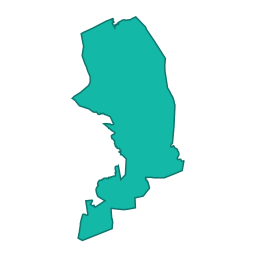 Huamuxtitlán, Guerrero, Mexico, rotated 178°
{"feature_id": "50627088B12033458309920", "entity_name": "Huamuxtitlán", "entity_type": "district", "adm_level": 2, "iso_a3": "MEX", "parent_name": "Mexico", "parent_adm1": "Guerrero", "projection": "mercator", "projection_center": [-98.542, 17.83], "detail": "fine", "context": "isolated", "style": "filled", "palette": "teal", "viewbox_px": 256, "rotation_deg": 178, "n_neighbors": 0, "source": "geoboundaries", "source_scale": "gbopen_adm2", "svg_char_len": 5457}
<svg xmlns="http://www.w3.org/2000/svg" viewBox="0 0 256 256"><g transform="rotate(178 128 128)"><path d="M169.1,225.1L171.5,223.8L169.5,211.1L171.3,201.8L168.7,193.5L167.6,191.2L166.4,186.8L164.0,180.5L164.2,174.9L166.0,171.7L174.2,165.2L180.4,161.6L182.7,159.6L180.0,157.5L175.8,152.0L175.0,151.6L166.4,148.5L162.7,145.6L162.4,145.4L161.8,145.1L161.6,145.1L160.8,145.1L160.5,145.1L160.3,145.0L160.1,144.9L159.9,144.9L159.4,145.0L159.1,145.0L158.9,145.0L158.7,144.7L158.4,144.4L158.2,144.2L157.9,143.7L157.7,143.4L157.4,142.9L157.3,142.7L157.1,142.6L156.7,142.6L156.2,142.6L155.8,142.7L155.5,142.7L155.1,142.9L155.0,143.0L154.9,143.1L154.6,143.1L154.4,143.2L154.5,143.5L153.2,143.1L153.0,143.3L152.7,143.4L152.2,143.5L151.9,143.4L151.6,143.3L151.4,143.0L151.3,142.5L148.7,141.7L145.2,139.8L143.0,134.3L142.2,133.1L142.3,132.3L143.9,131.8L145.0,131.8L145.3,132.2L145.9,132.7L150.6,133.2L152.1,133.0L150.8,132.0L148.3,129.8L147.7,129.2L147.2,128.2L146.7,128.2L146.3,128.0L144.8,126.4L144.5,126.1L143.5,125.5L141.9,124.4L141.3,123.7L142.0,122.3L143.9,121.8L145.0,120.6L144.7,119.2L144.5,118.2L144.4,118.0L143.8,118.0L142.8,116.5L141.9,115.5L142.0,115.0L141.8,114.0L142.0,112.8L141.6,112.3L141.4,111.3L141.0,109.8L140.2,110.0L139.9,109.8L139.6,108.2L137.9,107.7L137.3,107.8L136.5,106.4L136.6,106.1L136.0,105.3L137.8,104.4L137.3,103.9L136.1,103.9L136.3,101.6L134.7,101.3L130.8,97.2L132.2,81.4L137.0,76.6L139.0,90.8L139.6,90.2L139.9,90.0L140.6,90.1L140.9,90.2L141.2,90.2L141.6,90.0L141.8,89.7L142.1,89.5L142.2,89.0L142.1,88.7L142.2,88.0L142.2,87.5L142.1,87.0L142.0,86.4L141.8,85.5L141.6,84.9L141.6,84.7L141.5,84.3L141.5,84.1L141.8,83.8L142.3,83.9L142.3,83.6L142.3,83.4L142.3,83.1L142.3,82.9L142.2,82.4L141.9,81.7L142.0,81.4L142.0,81.0L142.2,80.5L142.4,80.5L143.1,80.5L143.3,80.4L143.8,80.4L144.5,80.3L145.0,80.1L145.9,79.8L146.0,79.8L146.4,79.8L146.7,79.7L146.9,79.6L147.0,79.4L147.1,79.2L147.2,78.9L147.5,79.1L147.8,79.2L148.0,79.3L148.3,79.4L148.7,79.3L149.2,79.3L149.5,79.0L149.6,78.9L149.5,78.2L150.2,78.1L151.2,78.4L151.3,78.6L151.6,78.8L152.4,78.5L152.6,78.5L152.9,78.6L153.1,78.6L153.8,78.6L154.1,78.2L154.4,78.0L154.6,77.8L155.1,77.8L155.4,77.8L155.6,77.7L155.9,77.3L155.9,77.0L156.1,76.9L156.5,76.6L156.8,76.6L157.4,76.8L157.7,76.8L158.0,76.8L158.2,76.7L158.4,76.6L158.6,76.4L158.8,76.2L159.1,75.9L159.4,75.5L159.5,75.3L159.7,74.9L159.9,74.6L160.0,74.3L160.1,73.9L160.3,73.5L160.3,73.1L160.3,72.8L160.2,72.5L160.1,72.2L159.9,71.9L159.7,71.8L159.7,71.7L159.7,71.4L159.8,71.2L160.0,71.0L160.2,70.9L160.5,70.7L160.8,70.4L160.9,70.2L161.1,69.7L161.5,69.2L161.9,68.4L161.9,68.2L162.0,67.7L162.1,67.4L162.1,66.9L162.0,66.4L161.9,65.8L161.9,65.4L161.8,64.7L161.4,63.2L160.9,61.8L160.3,60.5L153.5,56.1L163.6,49.9L164.7,51.9L165.3,51.0L168.1,52.9L166.0,56.5L166.2,56.9L166.3,57.1L172.7,56.7L171.1,42.7L171.4,42.3L172.0,42.3L172.5,42.2L172.8,42.4L173.2,42.7L173.7,43.1L174.8,43.3L175.9,43.4L176.2,43.1L177.5,39.5L178.9,34.4L179.0,32.4L179.9,27.8L180.3,25.2L180.8,23.7L181.3,21.1L181.7,19.7L177.5,17.2L147.4,28.0L146.6,34.3L147.0,37.6L147.4,37.7L147.8,46.7L147.6,48.3L135.8,46.6L133.0,46.7L131.5,46.8L123.4,48.0L123.5,57.9L117.6,59.0L115.1,59.5L111.2,64.2L108.9,66.8L108.9,67.0L108.6,67.5L109.9,72.7L110.1,72.7L110.2,72.8L110.3,72.9L110.3,73.0L110.1,73.2L110.1,73.3L110.1,73.6L110.4,73.7L110.5,73.8L110.7,74.0L110.8,74.2L110.8,74.4L110.8,74.7L110.8,74.8L111.1,75.3L111.4,75.5L111.5,75.5L112.2,75.8L112.3,76.0L112.2,76.5L112.2,77.0L112.0,77.3L111.9,77.3L111.9,77.5L112.1,77.7L112.2,77.9L112.1,78.0L111.9,78.2L111.1,78.0L106.3,77.9L104.3,77.4L97.4,77.1L93.4,77.0L84.6,80.1L75.3,83.6L73.4,92.9L73.3,93.0L73.7,93.3L73.8,93.3L74.4,92.9L74.7,92.9L75.1,92.8L75.3,92.7L75.5,92.8L75.7,93.3L75.8,93.5L76.0,93.8L76.2,94.4L76.3,94.8L76.6,95.0L76.8,95.0L77.3,95.0L77.8,94.9L78.5,94.9L78.9,94.8L79.1,94.8L79.4,94.7L79.6,94.9L79.7,95.1L79.7,95.4L79.8,95.7L79.7,96.0L79.6,96.7L79.5,97.0L79.4,97.3L79.0,97.7L78.8,98.0L78.6,98.3L78.4,98.7L78.2,99.0L78.1,99.5L78.0,100.0L78.0,100.5L78.3,101.8L78.4,102.4L78.5,102.6L78.8,102.9L79.1,103.1L79.2,103.4L79.3,103.7L79.3,104.1L79.3,104.3L79.3,104.5L79.5,104.8L79.9,105.4L81.7,106.3L81.9,106.4L82.1,106.6L82.2,106.8L82.2,107.3L82.3,107.5L82.5,107.8L82.7,108.0L83.0,108.5L83.3,108.7L83.5,108.7L83.6,108.4L84.6,107.5L85.9,107.9L86.0,108.4L85.4,110.3L84.4,110.8L84.1,111.3L83.9,113.0L83.8,113.6L82.0,128.2L80.3,149.2L80.5,149.9L80.9,151.5L81.1,153.1L81.3,154.0L81.5,154.8L81.8,155.7L82.2,157.1L82.6,158.0L83.3,159.1L84.1,160.7L84.6,162.1L87.1,166.7L89.1,183.3L89.1,187.6L89.1,189.2L88.2,196.1L99.4,215.2L101.3,218.1L106.1,225.8L106.9,228.2L116.4,238.8L117.9,238.0L119.3,237.6L119.8,237.4L120.2,237.0L121.5,236.4L122.0,236.2L122.8,236.1L123.5,236.0L124.1,236.0L124.8,235.9L125.7,235.8L126.2,235.7L126.8,235.8L127.0,236.0L127.5,236.2L128.8,236.2L129.2,236.0L129.6,235.9L130.2,235.8L130.5,235.8L130.7,235.6L130.9,235.3L131.8,234.8L132.5,234.6L132.9,234.4L133.7,233.8L134.4,233.4L133.6,232.5L133.7,232.4L134.4,232.0L134.7,232.6L135.4,232.3L135.1,231.7L136.0,231.2L136.2,231.6L136.7,231.4L136.9,231.7L137.6,231.3L137.2,230.6L137.5,230.5L137.6,230.4L137.8,230.3L137.6,229.1L137.7,228.6L138.0,229.2L139.0,231.2L139.3,231.6L139.6,232.2L139.8,232.8L140.1,233.4L138.9,234.0L139.1,234.2L138.4,234.5L138.9,235.4L138.9,235.5L139.2,236.0L139.4,236.4L140.0,236.2L140.2,236.5L139.3,236.9L139.4,237.3L139.0,237.5L139.4,237.9L139.7,237.8L143.4,236.4L145.1,235.9L145.9,235.6L160.2,228.8L169.1,225.1Z" fill="#14b8a6" stroke="#0f766e" stroke-width="1.5"/></g></svg>